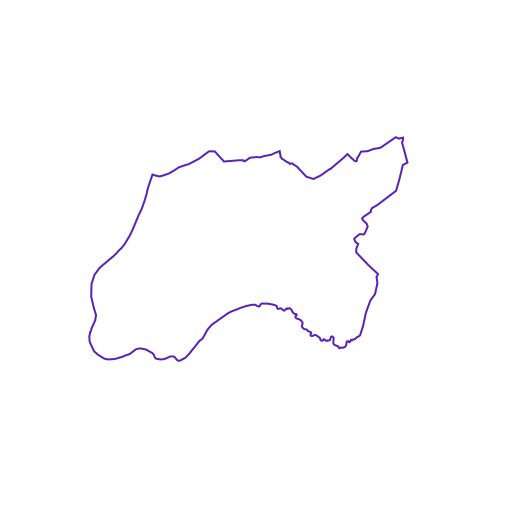 Bani Sa'd, Al Mahwit, Yemen, rotated 57°
{"feature_id": "15242507B10684657615911", "entity_name": "Bani Sa'd", "entity_type": "district", "adm_level": 2, "iso_a3": "YEM", "parent_name": "Yemen", "parent_adm1": "Al Mahwit", "projection": "mercator", "projection_center": [43.545, 15.235], "detail": "fine", "context": "isolated", "style": "outline", "palette": "violet", "viewbox_px": 512, "rotation_deg": 57, "n_neighbors": 0, "source": "geoboundaries", "source_scale": "gbopen_adm2", "svg_char_len": 6081}
<svg xmlns="http://www.w3.org/2000/svg" viewBox="0 0 512 512"><g transform="rotate(57 256 256)"><path d="M253.2,442.1L255.0,441.2L256.0,440.8L256.8,440.4L257.8,440.0L258.7,439.5L259.3,439.1L259.5,439.0L260.2,438.4L261.0,437.7L261.7,436.9L262.4,436.1L262.8,435.2L263.4,434.3L263.8,433.5L264.4,432.6L264.8,431.8L265.2,431.0L265.5,430.1L265.9,429.1L266.2,428.2L266.5,427.4L266.7,426.3L267.0,425.3L267.3,424.3L267.5,423.7L267.6,423.3L267.9,422.3L268.1,421.4L268.2,420.4L268.4,419.4L268.5,418.4L268.9,417.6L269.2,416.7L269.2,415.7L269.4,414.6L269.4,413.7L269.2,412.7L269.1,411.5L269.1,410.6L269.0,409.7L269.0,408.7L268.9,407.8L269.0,406.8L269.4,405.8L269.8,404.7L270.2,403.9L270.8,402.9L271.2,402.6L271.7,402.2L272.3,401.4L273.0,400.7L273.7,399.9L274.5,399.4L275.2,398.9L275.6,398.7L276.0,398.4L276.9,398.0L277.7,397.5L278.5,397.1L279.3,396.7L280.1,396.2L281.0,395.8L281.5,395.7L282.5,395.6L282.9,395.5L283.4,395.5L283.9,395.6L284.8,395.8L285.7,396.1L286.6,396.0L287.5,395.8L288.3,395.1L289.2,394.1L289.9,393.4L290.7,392.4L291.2,391.6L291.5,390.9L291.8,390.5L292.3,389.5L292.6,388.5L292.8,387.7L293.0,386.8L293.1,385.8L293.2,384.8L293.3,383.8L293.7,382.6L294.1,381.7L294.7,380.8L295.3,380.0L295.8,379.6L296.1,379.4L296.5,379.3L297.0,379.2L297.9,379.1L298.9,379.0L299.8,378.9L300.8,378.6L301.6,378.1L302.0,377.5L302.1,377.1L302.4,376.2L302.5,375.3L302.5,374.3L302.7,373.3L302.7,372.3L302.8,371.2L302.8,370.3L302.6,369.5L301.7,365.5L299.7,359.6L298.8,356.7L297.8,353.6L296.3,349.4L296.3,348.2L296.3,346.9L296.1,346.0L295.7,345.1L295.2,343.9L294.9,343.3L294.8,343.0L294.2,341.9L293.6,341.1L293.5,340.8L293.2,340.3L292.7,339.4L292.2,338.5L292.1,338.1L291.8,337.5L291.3,336.5L291.0,335.5L290.6,334.6L290.4,333.5L290.1,332.6L289.8,331.6L289.6,330.7L289.5,329.7L289.4,328.7L289.4,327.6L289.4,327.4L289.4,326.5L289.4,325.6L289.4,324.6L289.3,323.6L289.2,322.7L289.2,321.8L289.2,320.8L289.1,319.9L289.1,318.8L289.0,317.9L289.0,316.9L289.0,315.7L289.0,314.8L288.8,313.7L288.8,312.8L288.8,311.9L288.7,310.8L288.8,309.6L289.0,308.4L289.0,307.5L289.2,306.5L289.4,305.6L289.6,304.6L289.8,303.6L290.0,302.6L290.3,301.6L290.5,300.5L290.7,299.4L290.9,298.3L291.1,297.4L291.3,296.5L291.3,296.3L291.7,295.1L292.0,293.9L292.2,293.0L292.4,292.0L292.8,290.9L293.3,289.7L293.7,288.7L294.0,287.7L294.4,286.7L294.8,285.9L294.9,285.7L295.5,284.7L295.9,283.9L296.6,283.2L297.2,282.9L297.5,282.7L298.4,282.3L299.2,281.8L299.9,281.2L300.1,280.2L299.6,279.4L299.1,278.6L299.0,277.7L299.2,276.7L299.8,275.9L300.4,275.1L300.9,274.3L301.6,273.2L302.1,272.4L302.8,271.7L303.4,271.0L304.1,270.2L304.8,269.5L305.5,268.7L306.3,268.0L307.1,267.3L307.8,266.7L308.6,266.2L309.5,266.0L310.3,266.3L311.2,266.6L312.2,266.5L312.7,265.7L312.9,264.8L313.2,263.9L314.2,263.4L315.2,263.0L316.1,262.6L317.0,262.4L317.3,261.5L317.1,260.5L316.7,259.7L316.7,258.6L317.7,258.2L317.7,257.2L317.8,256.9L318.0,256.3L318.8,255.9L319.8,255.6L320.7,255.6L321.7,255.7L322.2,255.8L322.7,255.8L323.7,255.7L324.6,255.5L325.4,255.3L326.1,254.6L326.7,253.9L327.6,254.0L327.9,255.0L328.3,255.9L329.1,256.3L329.3,256.3L330.2,256.2L331.3,255.4L332.0,254.7L332.8,254.2L333.6,253.7L334.2,253.5L334.5,253.4L335.5,253.3L335.8,253.3L336.4,253.2L337.4,253.3L338.2,253.9L338.8,254.6L339.4,255.3L340.1,255.9L341.1,255.9L342.1,255.8L343.0,255.6L344.0,254.9L344.7,254.2L345.4,253.5L346.3,253.3L347.2,253.3L348.2,252.7L349.0,252.1L349.8,251.5L350.7,251.6L351.1,252.4L351.6,253.2L352.5,253.5L353.3,253.0L353.9,252.0L354.0,250.9L354.2,250.0L354.7,249.1L355.5,248.6L356.4,248.2L357.3,247.9L359.0,247.2L359.3,247.2L359.9,247.1L360.9,247.4L361.8,247.7L362.7,247.2L363.2,246.3L363.2,245.4L362.7,244.7L363.3,244.0L364.3,243.8L365.2,243.5L365.8,242.8L365.8,241.9L366.6,240.9L366.8,240.0L366.3,239.2L365.7,238.4L365.1,237.6L364.6,236.8L365.0,235.9L365.8,235.5L366.7,235.4L367.6,235.9L368.4,236.5L369.2,237.1L369.8,237.7L370.6,238.2L371.3,238.7L371.8,238.8L372.3,238.8L373.3,238.6L374.1,238.1L374.8,237.5L375.3,237.2L375.6,237.1L376.1,236.4L377.1,236.3L377.9,236.6L378.9,236.2L378.9,235.2L379.2,234.3L379.9,233.6L380.4,232.8L380.5,231.9L380.6,231.7L380.7,230.8L380.4,229.9L379.9,229.1L379.3,228.4L378.6,227.7L377.7,227.1L377.2,226.1L377.5,225.2L377.8,225.1L378.4,225.0L379.2,224.6L379.1,223.7L378.6,223.0L378.1,222.1L378.6,221.7L378.4,221.6L379.6,218.4L379.1,215.5L379.3,214.1L379.3,213.5L379.3,212.0L373.1,204.4L363.7,195.0L355.7,184.5L352.7,176.8L344.8,168.9L339.2,166.3L337.7,163.5L324.8,166.7L314.3,168.7L311.7,169.2L308.0,169.9L307.2,169.8L304.3,167.7L301.5,163.7L298.6,164.9L295.2,164.5L294.6,162.6L294.1,157.2L296.7,153.8L295.7,151.5L292.2,146.4L289.7,145.6L286.8,146.1L284.6,146.7L282.2,146.6L281.7,144.2L281.5,135.5L280.1,134.6L279.9,134.2L279.6,133.7L279.1,132.7L279.3,126.1L277.6,103.0L269.9,94.1L259.6,83.2L260.2,78.1L240.4,71.7L238.4,69.2L237.0,68.5L236.8,68.3L235.6,71.4L235.5,72.1L232.5,74.1L233.0,92.9L230.2,99.2L228.9,105.3L226.0,110.4L225.8,110.7L225.7,111.1L228.8,117.0L228.9,117.7L230.7,119.3L231.1,119.8L231.1,120.6L230.3,121.3L229.2,121.7L220.3,123.9L221.3,128.6L223.6,146.7L223.2,146.9L223.2,147.0L223.3,149.4L223.7,157.9L223.0,163.3L222.7,165.9L216.9,170.6L203.6,172.9L197.9,175.4L197.1,177.6L195.6,177.6L194.4,178.7L190.3,180.4L188.3,181.3L187.8,181.2L186.3,181.5L184.8,180.5L183.1,180.2L182.6,179.7L180.9,179.0L179.6,185.8L179.7,186.4L179.2,188.5L176.3,195.6L175.5,198.9L173.5,201.4L170.6,206.9L170.3,208.3L170.5,213.7L169.5,214.7L168.7,214.6L166.5,218.0L159.3,231.4L145.9,233.6L142.6,238.4L143.4,250.7L142.3,262.7L141.5,264.9L139.6,272.5L139.7,277.0L139.6,279.0L139.4,284.1L137.4,291.9L136.7,293.6L133.9,296.4L131.3,298.4L138.6,307.7L140.7,310.3L144.3,313.8L147.6,317.8L147.8,317.9L154.7,326.8L157.2,331.2L162.5,339.0L165.9,343.9L170.3,351.0L174.5,359.8L176.1,364.4L176.2,365.0L176.6,367.6L177.2,369.7L177.3,370.0L177.6,371.2L177.9,372.5L178.4,374.9L178.6,376.4L178.7,377.3L179.5,383.8L180.2,389.7L180.9,393.9L183.8,401.7L189.9,409.2L200.4,416.4L212.2,420.6L218.4,422.3L222.5,426.0L227.3,433.6L229.0,435.1L229.3,436.3L232.8,439.7L236.0,441.5L237.6,442.3L247.8,443.7L250.5,442.9L253.2,442.1Z" fill="none" stroke="#5b21b6" stroke-width="2"/></g></svg>